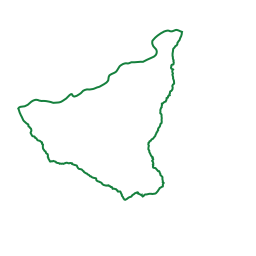 Armenia, Antioquia, Colombia (Mercator projection), rotated 64°
{"feature_id": "7082276B11935891102033", "entity_name": "Armenia", "entity_type": "district", "adm_level": 2, "iso_a3": "COL", "parent_name": "Colombia", "parent_adm1": "Antioquia", "projection": "mercator", "projection_center": [-75.796, 6.174], "detail": "fine", "context": "isolated", "style": "outline", "palette": "green", "viewbox_px": 256, "rotation_deg": 64, "n_neighbors": 0, "source": "geoboundaries", "source_scale": "gbopen_adm2", "svg_char_len": 5768}
<svg xmlns="http://www.w3.org/2000/svg" viewBox="0 0 256 256"><g transform="rotate(64 128 128)"><path d="M168.4,175.0L170.3,172.8L170.4,172.0L170.9,171.5L170.9,170.7L171.1,170.5L171.5,170.5L172.0,170.3L172.3,170.0L172.5,169.6L173.4,169.4L173.7,168.7L174.1,168.4L175.2,168.4L175.8,168.5L176.0,168.4L176.2,167.4L177.9,165.5L178.7,165.4L179.4,164.9L179.7,164.9L180.3,165.1L180.6,165.0L180.9,164.6L181.6,162.9L182.5,162.7L183.7,162.9L184.2,162.9L185.0,162.7L186.2,163.2L188.0,162.8L189.5,162.9L190.0,162.7L190.7,162.6L191.3,162.0L191.3,160.3L190.9,158.4L190.8,157.3L191.1,155.1L191.0,154.7L190.5,154.1L190.3,153.6L190.0,151.3L189.7,150.5L189.9,147.8L190.1,147.5L190.6,147.2L190.8,147.3L190.9,148.0L191.1,147.9L192.9,146.3L193.9,145.7L194.0,144.9L194.7,145.2L196.0,144.8L196.0,144.0L195.3,142.5L195.3,141.7L195.9,140.3L196.5,137.7L197.4,135.8L197.9,135.3L198.8,132.6L198.9,131.9L198.7,131.0L197.7,128.7L196.9,127.5L196.5,126.6L195.9,125.9L195.8,124.1L195.7,123.3L195.8,122.4L195.6,122.2L195.2,121.9L194.4,121.7L194.0,121.4L193.6,121.0L193.3,120.3L193.0,120.0L192.6,120.1L192.2,120.5L191.9,120.6L191.1,120.0L189.1,119.5L187.3,118.6L186.9,118.6L184.3,119.5L183.3,119.0L182.1,119.1L181.1,118.9L180.6,118.9L180.3,119.1L180.0,119.8L179.6,120.0L178.7,120.1L178.0,120.4L176.9,120.6L176.3,120.8L176.0,121.0L174.8,122.6L174.2,122.7L173.8,122.6L173.1,122.2L172.7,121.7L172.0,121.8L171.7,121.7L171.6,121.1L171.4,120.9L170.3,120.7L169.6,120.4L168.5,120.7L168.1,120.7L167.6,119.8L167.5,119.3L167.1,119.0L166.3,119.0L165.8,119.3L165.5,119.3L165.3,119.2L165.1,118.6L164.6,118.7L163.9,119.2L162.7,119.4L160.6,119.3L159.0,119.4L157.6,118.8L156.4,119.0L156.0,119.0L154.1,117.9L153.1,117.0L152.0,117.0L151.5,116.9L150.7,116.2L150.4,116.1L150.4,115.5L150.3,115.3L149.5,114.7L149.4,114.3L149.4,113.0L148.8,112.2L148.6,111.8L148.6,110.2L147.9,108.9L147.1,107.0L146.0,106.0L145.4,105.0L144.5,104.3L144.4,104.0L144.3,103.4L143.7,102.9L143.2,101.8L143.0,101.7L142.5,101.7L142.3,101.6L141.6,100.9L141.3,100.3L140.6,98.7L138.9,97.3L138.6,97.0L138.4,96.7L138.4,95.9L138.2,95.7L137.3,95.0L135.3,94.2L133.9,93.3L132.3,92.8L131.0,92.1L130.1,92.0L129.1,92.5L128.5,92.4L128.0,91.9L126.1,91.1L125.3,90.4L125.0,90.0L124.3,89.3L124.2,88.7L123.0,88.1L122.6,87.6L122.0,87.2L121.2,87.1L120.9,86.9L120.9,86.5L121.1,85.8L120.6,84.3L120.7,82.4L120.1,81.9L119.6,81.1L118.0,80.2L118.0,79.6L118.2,79.3L118.2,79.0L118.0,78.7L117.1,78.1L116.9,77.8L116.8,77.3L116.9,76.2L115.9,76.1L115.7,75.9L115.5,75.3L114.4,74.7L113.7,74.1L113.6,73.6L113.7,72.9L113.0,71.5L112.6,71.0L111.0,70.0L109.7,69.8L108.7,68.6L108.4,67.3L108.0,66.9L107.4,66.7L105.6,66.0L103.2,65.8L102.2,65.2L99.5,64.7L99.2,64.4L98.9,63.8L98.7,63.7L97.2,63.6L96.5,63.4L95.9,63.0L95.5,62.5L95.2,61.8L94.9,61.9L94.3,62.6L93.6,63.0L92.9,63.0L92.6,62.9L91.9,62.2L91.2,61.9L90.7,61.5L90.4,61.0L90.5,60.5L90.7,59.9L90.7,59.3L90.3,58.9L90.0,58.8L89.3,58.2L88.8,58.0L87.7,57.9L87.1,57.3L85.7,57.3L85.0,57.1L83.7,56.5L82.8,56.4L80.6,55.3L78.8,54.0L76.9,52.8L76.6,52.5L76.0,50.8L75.4,49.9L75.2,49.5L75.1,48.1L74.6,47.3L74.3,46.9L73.2,46.3L72.1,44.4L71.6,43.2L69.5,41.1L69.1,40.3L67.1,38.5L65.9,37.8L65.3,37.3L64.2,38.4L62.4,39.9L61.2,41.2L60.8,42.3L60.6,44.7L60.4,46.1L60.0,46.9L59.5,47.7L58.3,48.8L57.7,50.0L57.3,51.7L57.1,53.4L57.2,54.8L57.3,57.0L57.9,60.8L58.7,63.9L60.0,67.1L60.5,68.0L61.5,68.6L62.6,69.1L63.5,69.3L65.7,69.4L69.5,68.3L70.7,68.3L72.1,68.7L73.3,69.5L74.4,70.7L74.9,72.1L75.2,73.3L75.2,74.6L75.0,81.4L75.1,85.5L74.1,87.4L71.9,93.0L70.4,96.2L70.2,99.0L69.8,100.1L68.9,101.5L68.5,102.9L68.3,104.6L68.5,106.8L68.7,107.9L69.0,108.7L71.4,112.5L72.1,113.8L72.3,114.9L72.4,115.9L72.3,119.1L72.4,120.8L72.6,121.7L73.7,123.0L76.4,124.8L76.9,125.5L77.7,127.4L78.1,130.3L78.4,135.3L78.3,136.5L78.0,137.7L77.8,141.1L77.6,142.4L76.6,145.6L75.3,148.0L74.9,150.1L74.9,152.0L76.0,155.0L76.3,156.8L76.6,159.9L76.4,161.4L76.2,162.4L75.8,162.9L75.2,163.3L74.5,163.6L73.3,163.5L72.8,163.9L72.6,164.4L72.8,166.0L74.4,170.6L75.0,175.0L75.1,176.9L74.8,178.6L74.5,179.5L72.7,184.0L72.1,184.7L70.9,185.9L69.7,187.4L68.0,189.7L66.8,191.7L65.8,193.9L64.5,195.7L63.3,196.8L62.3,198.3L61.9,199.9L61.8,201.7L62.0,203.5L63.2,207.9L63.2,209.6L63.2,211.3L61.8,215.5L61.8,216.0L61.9,217.1L62.4,218.1L63.5,218.1L66.8,218.6L68.0,218.6L69.6,218.7L71.1,218.6L75.2,218.7L76.1,218.5L79.6,217.1L80.5,216.4L81.2,216.1L82.6,216.7L83.0,216.7L83.7,216.1L84.6,216.1L85.7,215.6L86.3,215.5L87.8,215.9L88.4,216.3L89.5,217.6L89.8,217.7L92.7,217.6L93.4,217.4L94.1,216.7L94.6,215.9L94.8,215.8L95.0,215.7L95.9,215.8L96.3,215.7L97.1,214.9L98.7,214.8L99.2,214.7L99.5,214.5L101.0,212.8L102.2,212.3L103.1,211.7L103.3,211.6L103.5,211.7L104.1,212.1L104.3,212.2L104.5,212.2L105.0,212.1L105.4,211.7L105.7,211.7L106.9,212.5L108.6,213.2L109.5,213.4L111.1,213.1L111.8,213.1L112.5,212.8L113.0,212.4L114.4,212.6L114.8,212.6L116.4,211.7L117.7,212.1L118.1,212.2L118.5,212.6L118.8,212.8L119.6,212.6L120.5,213.0L121.6,212.8L123.8,212.8L124.1,212.6L124.2,211.6L124.7,211.0L124.9,209.5L125.7,208.8L126.6,207.8L127.0,207.7L127.7,207.6L128.1,207.1L128.6,206.6L128.9,206.1L129.3,205.5L130.2,205.1L130.4,204.2L131.1,203.3L131.2,202.6L131.9,201.8L132.0,201.5L131.9,201.2L131.9,200.6L132.1,200.1L132.0,199.6L132.2,198.9L132.3,198.4L132.8,197.7L133.6,197.0L134.0,196.2L134.0,195.5L134.4,194.8L134.7,194.5L135.1,193.8L135.3,193.8L135.6,194.1L135.8,194.1L137.8,192.2L138.6,191.2L139.4,190.5L140.9,190.6L141.9,190.5L142.9,190.2L143.3,189.9L144.7,188.1L145.2,187.7L146.7,187.3L147.5,186.8L148.4,186.8L150.4,185.5L151.1,184.8L151.4,184.7L151.9,184.7L153.3,183.6L154.6,183.3L154.8,183.2L155.1,182.6L155.5,182.4L156.1,182.2L156.8,181.7L157.6,180.9L159.1,178.9L159.5,178.8L161.0,179.3L161.6,179.2L163.0,178.2L163.4,177.6L164.1,177.2L164.7,176.5L165.9,175.8L166.9,175.7L168.4,175.0Z" fill="none" stroke="#15803d" stroke-width="2"/></g></svg>